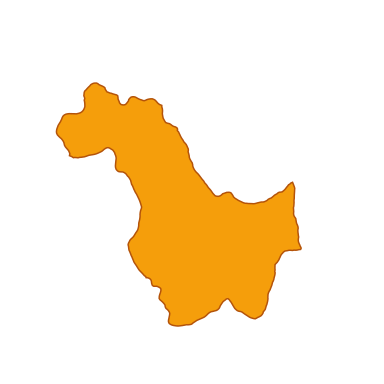 outline of VIII-2 Lower Potaro/Ladsm, Potaro-Siparuni, Guyana, rotated 333°
{"feature_id": "73187651B19999842805850", "entity_name": "VIII-2 Lower Potaro/Ladsm", "entity_type": "district", "adm_level": 2, "iso_a3": "GUY", "parent_name": "Guyana", "parent_adm1": "Potaro-Siparuni", "projection": "robinson", "projection_center": [-59.037, 4.863], "detail": "fine", "context": "isolated", "style": "filled", "palette": "amber", "viewbox_px": 384, "rotation_deg": 333, "n_neighbors": 0, "source": "geoboundaries", "source_scale": "gbopen_adm2", "svg_char_len": 6058}
<svg xmlns="http://www.w3.org/2000/svg" viewBox="0 0 384 384"><g transform="rotate(333 192 192)"><path d="M204.4,101.1L202.8,99.3L201.9,97.4L201.2,94.5L200.7,93.1L199.9,92.0L199.0,91.0L197.7,90.3L196.0,89.7L194.8,89.4L193.6,89.2L192.3,89.2L190.9,89.0L189.8,88.2L189.0,87.2L187.9,86.2L186.5,84.5L184.7,81.8L183.4,80.7L181.9,80.0L180.5,79.8L178.9,80.3L177.6,80.9L176.6,82.1L173.3,83.6L172.0,83.8L170.6,83.4L169.5,82.7L168.4,81.7L167.9,79.8L168.2,77.9L168.3,75.7L169.0,74.1L169.5,72.5L168.9,71.3L167.7,70.2L166.0,68.6L164.8,67.3L163.7,66.5L162.7,65.2L161.8,64.4L161.5,62.7L161.4,61.0L161.7,59.4L161.0,58.1L160.0,56.7L158.8,55.3L157.8,54.0L157.3,52.7L156.4,51.6L154.8,50.8L153.5,50.4L152.3,50.3L150.6,50.4L149.0,51.1L147.3,51.6L145.6,52.2L144.2,52.8L142.2,53.4L141.2,54.3L139.3,57.2L139.2,58.7L138.8,60.2L137.7,61.2L137.2,63.0L136.6,64.6L136.0,65.9L135.3,67.3L134.2,68.4L133.1,69.3L131.9,70.0L130.5,70.5L129.1,70.7L127.4,70.6L126.2,70.3L124.5,69.9L122.9,69.0L118.1,66.4L116.1,65.7L114.8,65.4L113.1,65.4L111.6,65.8L110.1,66.8L109.1,67.8L107.8,68.8L106.6,69.7L104.1,71.2L103.0,71.9L100.5,74.2L99.6,75.2L98.6,76.7L98.1,78.0L98.0,79.9L98.6,82.1L99.2,83.8L99.8,85.2L100.1,86.6L100.3,88.0L100.3,89.7L99.6,92.6L99.7,94.4L100.1,96.2L100.5,97.7L100.8,99.3L100.7,101.1L100.5,102.5L99.3,104.0L100.9,105.8L101.9,107.6L103.2,108.0L104.8,109.0L106.0,109.8L107.5,110.1L109.2,110.8L112.1,111.8L113.8,112.1L116.9,112.5L120.3,113.6L122.0,114.1L123.9,114.5L125.9,114.7L128.8,114.8L130.0,114.8L131.5,114.5L132.9,114.1L134.5,113.9L136.2,113.9L137.4,114.4L138.5,115.4L139.4,117.0L140.4,118.5L140.7,120.0L140.9,121.8L140.6,123.4L140.5,124.9L140.2,126.3L139.6,127.8L138.5,129.4L137.6,130.8L136.7,132.2L135.6,134.0L135.0,135.5L134.7,137.5L135.1,139.0L135.7,140.3L136.8,141.2L138.0,141.9L139.4,142.7L140.4,143.9L141.3,145.5L141.6,147.0L141.8,148.5L142.3,149.8L142.5,151.7L142.6,153.7L141.7,157.7L141.8,159.4L141.7,160.9L141.5,162.8L141.4,166.7L141.6,168.5L141.6,170.3L141.5,174.1L141.4,175.9L141.2,177.5L140.9,179.3L140.6,180.9L140.3,182.5L139.4,183.7L137.8,185.2L136.6,186.7L135.5,188.4L134.9,189.7L134.0,191.2L133.0,192.6L131.9,193.9L130.8,195.1L129.9,196.5L129.1,198.0L128.0,199.4L126.6,201.0L124.9,202.1L123.5,202.8L121.9,203.8L119.8,205.1L118.1,205.7L116.5,206.1L114.8,206.8L113.4,207.9L112.1,208.8L111.1,210.0L110.7,211.7L110.0,213.6L109.5,215.1L109.4,217.3L109.2,219.5L109.0,221.0L109.0,222.7L108.8,224.6L108.7,226.2L108.5,227.9L108.6,229.2L109.0,232.3L109.4,237.1L109.8,238.7L110.9,242.2L111.6,245.0L112.4,246.3L112.2,247.5L113.7,248.4L114.6,249.4L115.3,250.7L115.5,252.2L115.1,253.6L114.5,255.3L114.3,257.3L115.0,258.5L116.2,259.2L117.5,259.8L118.5,260.7L119.6,262.2L120.3,263.6L119.9,265.2L118.9,266.5L118.0,267.5L117.0,268.4L115.8,269.7L115.1,270.7L114.4,272.0L114.5,273.4L115.3,275.3L115.8,276.6L116.4,278.8L116.6,280.6L116.0,282.2L116.0,283.9L116.6,285.3L117.1,286.8L117.3,288.7L117.0,290.2L116.1,291.5L115.0,292.9L113.9,294.3L112.9,295.5L112.1,297.0L112.0,298.8L112.7,300.1L113.6,301.3L114.9,302.5L117.4,304.3L119.0,305.2L120.3,305.7L122.8,306.6L125.5,307.4L126.9,307.8L128.1,308.5L129.4,309.0L131.0,309.5L132.3,309.5L133.7,309.1L135.6,308.9L138.1,308.6L144.7,309.0L146.3,309.0L147.9,308.7L149.1,308.4L150.2,308.0L151.6,307.6L152.9,307.4L154.3,307.3L157.0,308.0L158.2,308.2L159.7,308.6L161.3,308.6L163.0,308.1L164.1,307.5L165.3,306.4L166.4,305.7L168.9,304.3L170.1,303.7L172.7,303.3L174.1,302.9L175.7,303.4L176.3,304.9L176.5,306.6L176.8,308.0L177.0,311.5L177.1,313.4L177.3,315.3L177.8,316.7L178.5,318.3L179.6,319.5L181.2,320.7L182.0,321.6L183.6,324.7L186.3,329.4L187.1,330.5L188.2,331.6L189.5,332.8L190.8,333.7L192.3,333.7L193.7,333.6L195.1,333.7L197.4,333.6L198.9,333.0L200.2,332.2L201.3,331.0L202.7,330.5L204.1,329.7L206.4,327.2L207.6,326.2L209.6,323.9L210.4,322.8L211.2,321.6L211.7,320.4L213.2,317.8L214.3,316.6L215.5,315.6L217.0,314.7L218.1,313.7L220.8,311.3L222.0,309.9L222.9,308.9L224.1,308.1L225.3,306.9L226.2,305.7L227.5,304.3L228.4,303.2L229.4,301.7L229.7,300.3L230.6,299.2L231.3,297.5L233.0,294.4L234.5,293.8L236.0,293.3L238.7,291.8L239.7,290.9L240.8,290.1L242.0,289.1L243.3,288.2L245.0,287.6L246.1,287.1L248.0,286.8L250.8,287.7L251.9,287.9L253.6,288.8L255.0,289.7L256.5,290.1L257.9,290.9L259.1,291.4L261.1,291.9L262.7,292.5L263.6,291.8L263.9,290.9L263.8,289.4L264.0,288.0L264.0,286.6L264.2,284.9L264.7,283.4L265.5,282.0L266.6,280.5L267.0,279.1L267.6,277.5L268.1,276.0L269.0,274.0L270.0,272.7L270.6,271.3L270.9,269.4L270.9,267.9L271.2,266.4L272.4,262.7L272.1,260.6L272.1,259.0L272.7,257.3L273.8,255.5L275.2,252.1L276.3,250.8L278.1,247.8L279.1,245.7L280.2,244.1L281.0,242.6L281.8,241.1L283.6,238.1L284.5,236.5L285.2,235.4L285.5,234.0L285.8,231.3L286.0,229.0L283.9,228.9L282.7,229.4L281.3,229.4L280.0,230.1L278.3,230.8L276.7,231.6L275.5,232.1L273.9,232.5L272.4,232.8L271.0,232.4L269.6,231.8L268.2,231.8L266.7,232.2L265.3,232.2L264.0,232.3L262.6,232.7L260.0,233.3L258.4,233.1L256.7,233.1L254.9,233.6L253.6,233.6L252.0,233.5L250.8,233.2L249.7,232.6L248.2,232.1L246.9,231.8L245.7,231.5L242.8,230.9L241.3,230.3L240.0,229.5L236.9,227.8L235.6,226.9L234.3,226.2L232.9,224.9L231.2,222.7L229.5,220.5L228.4,218.6L227.4,217.0L226.8,215.3L226.8,213.5L226.6,211.9L226.3,210.4L225.4,209.4L224.3,208.8L222.8,208.1L221.1,207.9L218.5,207.5L217.0,208.0L215.6,208.2L213.9,208.0L212.2,207.1L210.9,205.9L210.4,204.2L210.0,202.8L209.5,199.1L209.1,197.4L208.6,195.7L208.4,194.2L208.3,192.8L208.0,191.4L207.5,189.8L207.4,187.5L206.8,185.2L206.4,182.9L206.0,180.5L205.5,178.3L204.8,176.4L204.4,174.6L204.2,173.1L204.2,171.4L204.4,169.4L205.1,167.6L205.4,165.9L205.2,164.5L205.1,161.7L205.3,160.0L206.0,158.2L206.5,156.1L206.8,154.4L207.6,153.3L208.2,152.0L208.3,150.0L208.4,148.7L208.4,147.0L208.0,145.3L207.5,143.5L207.5,141.7L207.2,139.6L207.1,137.4L207.2,135.3L207.2,133.9L207.3,132.5L206.8,130.6L207.7,129.4L207.7,127.9L206.8,126.5L205.4,125.2L204.5,123.9L203.9,122.5L203.0,120.9L201.4,119.6L200.2,118.3L199.9,116.9L199.8,113.3L200.1,112.0L200.7,110.0L201.2,108.6L202.1,107.2L202.8,105.9L203.4,104.3L203.7,102.6L204.4,101.1Z" fill="#f59e0b" stroke="#b45309" stroke-width="1.5"/></g></svg>